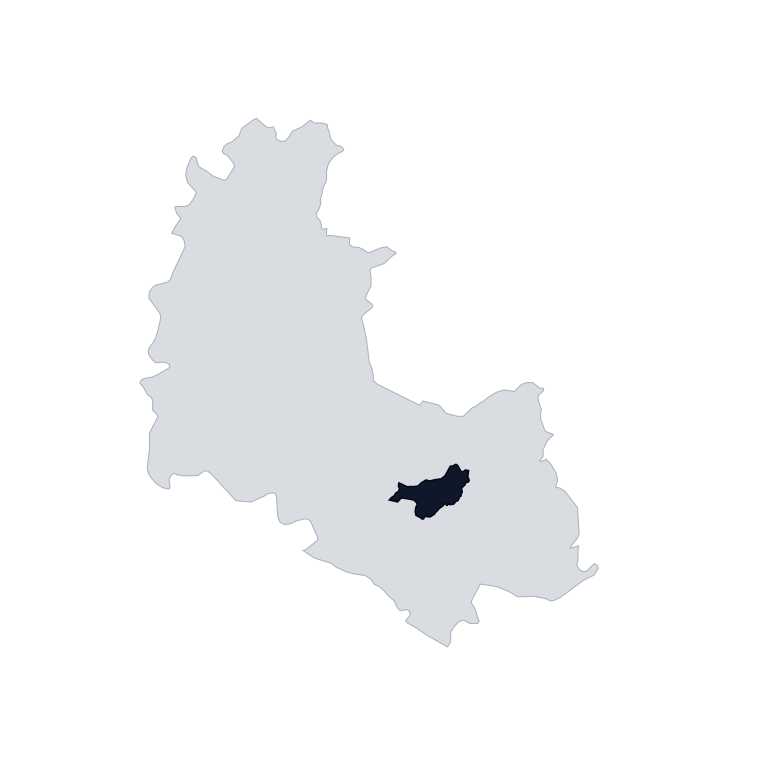 location of Pita within Guinea, rotated 207°
{"feature_id": "GIN-5656", "entity_name": "Pita", "entity_type": "Prefecture", "adm_level": 1, "iso_a3": "GIN", "parent_name": "Guinea", "parent_adm1": "", "projection": "orthographic", "projection_center": [-12.737, 10.896], "detail": "fine", "context": "in_parent", "style": "filled", "palette": "ink", "viewbox_px": 768, "rotation_deg": 207, "n_neighbors": 0, "source": "natural_earth", "source_scale": "10m", "svg_char_len": 5741}
<svg xmlns="http://www.w3.org/2000/svg" viewBox="0 0 768 768"><g transform="rotate(207 384 384)"><path d="M464.5,494.5L458.7,493.7L456.2,494.9L448.6,503.9L444.0,507.4L436.9,506.4L434.4,507.0L432.5,506.0L435.1,501.1L438.7,491.3L448.0,481.4L448.2,479.3L444.3,473.6L440.2,465.8L440.2,457.4L439.4,451.3L431.1,449.7L429.6,448.7L429.4,446.6L433.9,436.1L434.3,434.0L433.7,432.1L428.6,426.7L420.6,416.9L406.9,396.6L401.8,392.3L397.0,386.1L395.1,382.2L390.0,380.8L342.6,381.2L341.7,386.5L325.4,390.2L315.3,386.1L304.1,388.5L298.7,391.2L294.5,403.1L292.1,405.6L289.7,411.0L287.5,413.9L285.0,419.8L279.7,428.1L274.1,433.5L264.6,436.4L261.6,445.2L259.4,448.5L255.7,451.1L251.8,452.7L244.0,451.0L239.7,452.6L238.9,450.4L241.4,443.4L239.4,439.8L232.0,432.5L231.3,429.0L229.0,424.5L219.2,415.2L210.0,415.8L212.6,408.0L212.5,397.6L209.4,391.9L210.2,386.1L208.5,386.5L205.4,390.5L200.5,389.2L190.5,383.0L185.5,377.0L184.9,371.9L183.8,369.9L180.7,371.0L174.5,370.8L155.5,361.7L142.0,338.8L141.8,333.7L143.8,324.8L143.3,322.4L137.1,328.3L135.9,324.3L131.2,315.1L129.9,309.9L125.3,307.5L121.7,307.1L118.8,308.8L115.0,319.5L112.3,319.4L109.4,317.1L110.1,309.1L117.4,299.2L129.9,274.1L134.3,268.3L137.0,266.3L142.8,266.1L154.1,262.8L168.0,255.1L178.6,255.7L191.1,254.8L207.4,249.5L207.7,232.6L207.1,228.8L201.4,225.4L198.0,222.4L195.1,218.7L191.6,216.0L191.7,213.2L199.0,209.6L205.6,209.7L207.8,208.3L209.4,205.9L211.3,199.8L212.0,193.4L207.7,184.7L208.0,178.6L231.8,179.6L244.9,181.3L255.6,181.8L257.3,183.2L255.8,189.1L257.2,192.6L260.8,193.6L266.8,189.4L270.0,190.4L276.7,195.5L282.9,196.9L289.7,199.7L296.1,201.3L301.8,201.1L306.1,203.9L314.0,204.8L324.3,201.2L332.4,199.5L343.7,199.1L349.7,200.3L367.0,197.3L380.6,198.9L378.5,200.9L372.3,214.5L373.1,216.8L386.9,228.2L390.2,229.1L394.0,227.5L399.9,222.2L404.6,216.4L409.1,213.6L414.3,213.8L418.6,217.8L428.5,234.7L431.0,236.8L433.4,236.7L437.7,233.5L439.8,229.8L448.9,218.5L462.9,212.8L496.6,225.4L501.5,226.3L504.4,225.3L508.5,217.7L521.0,211.1L527.1,209.2L530.5,209.0L531.8,206.9L532.4,203.8L531.7,200.6L527.7,194.9L527.6,193.2L529.8,192.1L534.6,191.2L540.8,191.7L547.8,194.1L553.6,197.6L556.9,201.8L563.4,219.7L570.7,233.6L570.6,252.5L573.8,254.3L577.2,255.1L578.9,256.6L582.4,264.3L585.7,266.5L589.6,267.0L596.9,271.8L601.6,273.7L602.3,275.2L602.1,277.3L600.3,279.9L593.4,285.2L590.0,289.7L583.0,300.5L582.8,302.5L584.4,303.9L587.3,304.1L590.5,303.3L597.0,299.3L602.2,300.7L607.2,303.6L609.1,306.6L609.6,310.7L608.5,315.9L608.4,321.8L610.3,331.7L613.0,341.6L615.6,345.2L632.4,353.7L634.0,357.0L634.9,360.7L633.8,365.7L632.1,368.6L623.1,376.5L621.8,380.2L622.6,387.1L623.6,416.3L627.3,421.2L631.6,423.6L641.6,422.0L641.4,430.1L640.2,439.2L646.1,441.9L649.1,444.7L650.7,447.2L641.6,452.2L638.9,455.0L637.8,462.6L638.2,469.6L650.6,474.4L655.5,480.2L657.7,486.2L658.6,497.7L657.5,500.4L654.3,500.4L647.9,493.6L638.3,493.0L631.1,491.7L619.2,492.8L617.2,495.0L615.9,510.2L618.8,512.7L624.6,515.5L628.3,516.7L631.5,516.3L633.9,518.2L634.4,523.2L632.8,526.9L629.7,530.3L625.9,539.2L626.8,547.3L620.2,560.2L618.3,562.8L609.3,560.4L603.5,559.6L599.3,562.9L593.4,558.0L592.3,554.1L590.1,553.3L586.2,553.3L582.6,555.6L581.1,559.6L580.3,567.9L573.9,575.8L569.3,585.6L564.0,584.8L562.8,586.0L557.2,588.6L552.3,589.4L551.0,586.8L548.1,584.7L544.9,580.6L541.3,577.3L534.4,575.1L531.7,576.1L528.4,575.9L526.3,574.6L526.6,572.6L530.1,567.5L532.2,562.8L533.3,557.6L533.2,552.8L531.2,546.0L528.1,540.6L527.3,537.4L527.6,532.9L526.9,528.8L525.9,526.6L524.3,518.7L522.5,517.3L521.4,510.9L521.7,504.4L519.0,502.0L514.8,500.3L512.3,497.7L510.7,494.9L509.2,494.1L507.9,494.3L506.8,496.1L505.4,496.5L502.9,490.4L501.9,490.2L500.2,491.6L480.8,498.5L478.3,492.8L474.6,491.8L468.2,494.2L464.5,494.5Z" fill="#d9dde1" stroke="#a8b0b8" stroke-width="1"/><path d="M316.9,290.3L318.3,285.1L326.7,283.0L325.8,286.4L324.3,288.7L324.0,292.3L322.3,295.0L322.9,298.0L324.9,299.6L325.8,302.7L316.7,303.0L314.0,304.6L310.7,306.2L307.3,308.7L306.0,312.8L303.1,317.5L299.1,318.5L294.9,322.1L290.0,325.5L288.0,329.8L287.6,340.8L286.1,341.8L285.1,342.7L284.3,344.3L283.7,344.9L282.8,345.2L281.3,344.8L279.7,343.8L279.2,343.4L278.6,343.0L277.4,342.3L276.2,341.4L275.5,341.2L274.5,341.4L273.7,341.5L272.6,344.3L269.3,345.3L267.4,339.8L265.0,337.5L264.7,337.2L264.5,336.9L264.3,336.6L264.3,336.2L264.3,335.3L264.4,335.0L264.9,334.6L265.3,334.2L265.7,333.7L266.6,331.9L266.7,331.5L266.4,331.3L266.1,331.2L266.0,330.9L266.1,330.5L266.4,329.9L266.7,329.4L266.9,328.8L267.4,326.1L267.4,325.6L267.3,325.3L267.0,325.1L266.6,324.9L266.3,324.7L265.7,324.2L265.4,323.6L265.3,322.7L265.1,321.9L265.1,321.5L265.1,320.6L265.0,320.2L264.9,319.9L264.6,319.6L264.5,319.3L264.5,319.0L264.7,318.6L265.3,318.1L265.5,317.7L265.5,317.2L265.2,316.3L265.1,315.9L265.2,314.8L265.1,314.3L265.1,313.9L265.2,313.5L265.8,313.0L266.7,311.9L267.0,310.1L267.2,309.5L267.2,309.1L267.4,308.7L267.8,308.2L270.5,306.4L270.9,306.3L271.3,306.3L271.7,306.3L272.1,306.1L272.4,305.9L272.5,305.5L272.6,305.3L272.5,305.1L272.5,304.7L272.7,304.4L273.1,304.3L273.5,304.4L273.8,304.6L274.4,305.2L274.5,305.3L275.0,305.4L275.3,305.3L275.5,305.2L276.0,302.6L276.6,301.1L278.0,298.7L278.2,297.9L278.5,297.2L278.5,296.8L278.7,296.4L278.8,296.1L278.9,295.2L279.0,294.9L279.4,294.2L279.6,293.4L279.7,293.0L279.8,291.6L279.9,291.2L280.0,290.8L281.9,287.4L282.6,286.6L283.2,286.1L284.2,285.7L286.3,285.2L286.7,284.9L287.0,284.6L287.4,284.0L287.6,283.5L287.6,283.1L287.4,282.3L287.4,281.9L287.7,281.5L289.0,280.9L291.0,281.5L295.8,281.4L296.8,282.6L298.1,284.2L298.9,286.0L299.5,288.3L299.7,288.9L299.7,289.4L299.6,290.5L299.7,291.3L299.8,291.8L300.1,292.1L300.3,292.4L301.1,292.9L301.6,293.2L303.3,293.7L304.9,294.0L308.7,293.1L316.9,290.3Z" fill="#0f172a" stroke="#020617" stroke-width="1.5"/></g></svg>